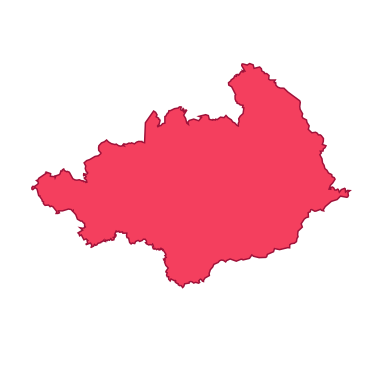 the district of Pihuamo, Jalisco, Mexico, rotated 244°
{"feature_id": "50627088B45338905854221", "entity_name": "Pihuamo", "entity_type": "district", "adm_level": 2, "iso_a3": "MEX", "parent_name": "Mexico", "parent_adm1": "Jalisco", "projection": "mercator", "projection_center": [-103.387, 19.169], "detail": "fine", "context": "isolated", "style": "filled", "palette": "rose", "viewbox_px": 384, "rotation_deg": 244, "n_neighbors": 0, "source": "geoboundaries", "source_scale": "gbopen_adm2", "svg_char_len": 6061}
<svg xmlns="http://www.w3.org/2000/svg" viewBox="0 0 384 384"><g transform="rotate(244 192 192)"><path d="M124.0,334.6L125.3,332.4L124.7,330.0L127.7,331.1L128.4,330.8L128.7,327.3L127.2,324.3L130.2,324.6L130.8,324.0L130.5,322.6L131.1,321.3L133.8,321.1L135.0,320.3L135.2,318.6L133.6,317.9L134.5,316.4L137.3,319.3L138.5,322.5L140.8,326.2L142.6,326.1L144.3,324.6L146.4,325.2L149.2,323.0L152.4,322.8L154.8,321.7L158.2,322.4L161.0,322.1L164.9,323.4L169.5,323.2L170.4,325.4L172.4,325.2L171.4,327.7L173.2,329.0L173.5,330.9L174.8,332.7L177.6,330.0L179.9,332.2L182.5,333.6L186.0,332.9L187.1,332.3L187.9,330.6L189.8,330.4L191.5,329.3L192.7,325.7L197.3,324.0L200.1,326.3L204.1,325.8L206.6,326.5L209.8,324.1L211.8,324.0L213.8,325.7L218.9,325.4L221.6,326.3L225.1,328.6L226.8,328.8L239.8,322.0L245.0,320.1L246.6,317.0L248.6,315.1L251.1,314.2L253.6,315.1L254.0,314.1L255.0,314.0L256.2,315.9L258.4,311.3L259.9,310.4L262.9,312.3L265.7,311.1L266.8,309.0L267.8,309.4L270.2,307.8L272.4,308.4L274.7,307.6L275.9,302.0L279.5,302.7L282.2,300.1L281.9,297.3L284.9,293.8L285.0,292.9L283.8,292.1L277.7,292.5L278.3,291.7L277.7,291.3L279.1,290.4L278.0,290.1L278.6,289.7L278.5,288.4L276.8,286.0L276.7,284.8L277.5,284.9L278.1,283.1L276.6,282.5L277.6,281.2L276.1,279.5L275.6,276.3L274.9,275.6L274.2,272.7L272.0,271.9L269.2,273.8L260.3,273.9L259.7,272.9L256.6,271.5L254.2,271.3L253.0,271.9L252.1,271.4L250.2,273.3L249.2,273.4L247.5,275.9L245.8,274.4L244.9,275.5L240.1,272.3L239.0,268.6L237.4,266.1L234.6,265.2L233.4,263.7L231.1,262.6L232.2,261.6L235.3,260.7L237.1,259.3L239.6,259.0L243.1,256.9L245.9,256.1L244.8,253.4L246.8,250.4L246.0,246.4L247.1,245.2L246.5,244.5L248.0,242.6L247.5,242.1L249.7,239.4L253.5,240.2L255.5,238.2L257.0,231.3L254.9,233.2L253.1,229.3L256.8,225.5L257.5,220.9L256.6,218.9L254.4,218.4L256.2,217.5L260.9,218.5L264.7,218.2L267.7,222.9L268.4,222.6L267.6,219.7L268.5,219.6L269.8,220.9L270.9,220.6L269.6,218.9L270.2,218.2L271.3,218.0L273.1,219.6L273.5,219.1L274.0,217.9L273.5,216.4L274.6,212.8L274.6,208.2L275.2,206.9L273.5,205.4L273.5,204.3L271.7,201.8L271.7,200.7L265.8,197.8L266.3,195.5L265.3,193.1L266.0,192.0L265.5,190.8L265.8,189.8L266.5,190.0L267.5,192.3L270.2,194.6L271.4,194.7L272.0,194.0L273.1,194.3L275.3,192.8L276.7,194.4L279.6,194.2L281.6,193.0L274.7,180.5L257.1,171.0L258.6,169.2L259.3,169.2L260.9,166.1L261.1,163.9L260.5,161.4L262.7,159.2L262.6,158.1L263.6,156.8L263.6,154.2L264.6,152.3L265.2,152.0L264.9,150.8L263.3,151.1L264.0,150.4L264.4,148.1L265.8,146.3L268.3,144.9L268.4,143.6L270.8,140.7L273.6,138.9L276.2,138.0L275.6,135.4L275.8,132.1L274.4,128.6L272.7,127.4L270.3,126.4L266.9,127.3L266.4,126.6L265.6,123.7L266.5,120.4L266.0,114.4L266.4,111.1L265.5,107.8L262.0,107.9L259.8,106.3L256.3,105.9L255.5,106.7L254.7,106.5L254.1,105.0L255.9,102.7L254.8,102.0L254.2,101.8L254.0,102.9L252.5,103.6L251.6,102.7L251.9,101.4L251.2,101.2L249.0,102.4L246.9,101.8L247.1,100.8L248.6,100.4L248.8,99.2L249.9,99.0L250.3,97.9L252.4,96.1L253.1,93.7L254.3,92.0L256.2,90.7L263.5,90.4L265.1,89.1L265.1,88.3L267.2,86.7L268.9,86.8L268.8,85.3L267.8,84.1L268.4,83.4L266.2,81.4L265.8,80.1L266.2,76.8L264.8,75.2L266.5,75.6L266.4,74.6L268.2,71.6L270.5,73.0L273.7,69.8L272.9,69.6L273.3,68.8L272.7,68.6L271.5,60.3L270.3,58.7L270.5,57.3L268.6,58.1L267.2,57.7L266.6,56.5L266.0,52.8L266.9,51.2L265.9,49.8L264.6,49.4L263.9,49.9L264.7,52.9L262.5,54.0L255.9,52.6L255.0,53.6L254.5,53.2L251.0,53.8L249.5,53.4L248.2,54.2L247.3,53.5L245.7,53.6L244.4,54.1L243.1,57.4L241.0,58.0L241.1,59.3L239.6,60.6L233.5,61.9L232.3,60.5L231.5,62.1L231.4,63.7L233.5,63.8L231.8,67.4L230.8,73.6L229.1,75.8L227.2,76.2L227.4,77.0L226.6,76.5L222.6,77.6L217.8,77.1L214.7,79.2L214.1,80.4L211.6,81.0L211.0,81.7L208.8,80.7L206.7,80.9L207.9,80.3L207.0,79.4L207.4,77.7L208.9,75.7L205.7,77.0L205.2,71.6L203.8,72.1L201.9,71.8L202.0,73.7L196.4,73.9L196.3,76.2L194.2,77.1L194.2,76.4L191.7,75.7L191.6,74.0L191.1,74.0L190.6,78.4L188.5,78.6L187.0,77.9L186.5,76.5L186.5,79.9L187.6,81.3L186.4,81.9L186.2,83.3L187.1,85.0L186.5,87.9L187.1,88.7L186.7,89.7L187.4,91.7L186.6,91.3L185.3,92.7L186.5,93.4L185.4,94.7L185.8,95.7L184.8,96.7L185.6,98.6L183.7,98.9L183.3,100.8L184.8,102.0L185.6,101.6L185.2,103.2L186.3,103.4L185.9,104.5L187.0,104.9L188.0,104.1L190.1,106.7L189.2,107.0L188.8,109.1L187.7,109.1L186.5,112.0L185.3,111.8L183.6,115.4L181.3,113.9L179.5,113.6L178.3,114.8L173.9,113.8L172.0,114.5L172.3,115.9L170.8,117.9L172.2,119.6L172.2,121.7L172.0,122.5L170.5,123.3L170.3,126.0L170.9,127.5L170.1,129.2L168.1,129.6L166.4,128.9L166.7,128.1L165.5,128.3L163.3,130.0L163.2,131.1L162.0,132.7L162.4,133.7L160.2,133.6L160.0,132.5L158.0,132.3L157.2,133.0L157.6,133.9L155.7,134.9L155.8,136.6L154.3,137.0L154.0,138.6L154.8,138.2L155.1,139.4L152.9,140.9L152.2,140.1L151.2,140.9L147.5,141.2L146.8,140.8L146.8,139.8L144.5,140.1L144.4,138.4L143.5,138.3L144.1,137.0L142.5,136.9L141.7,137.6L140.9,136.6L137.4,136.3L134.1,137.3L132.1,133.8L131.5,133.5L130.3,134.3L128.5,132.7L126.7,132.6L126.1,133.8L123.9,132.8L121.7,133.4L123.0,135.0L120.2,137.1L119.8,138.2L119.1,138.4L118.6,137.5L117.1,138.0L115.6,139.3L114.7,139.0L113.3,139.8L112.6,141.3L110.2,141.7L110.7,143.1L112.7,145.2L111.4,149.5L112.3,150.1L112.2,151.4L111.4,152.6L109.4,153.6L109.2,155.7L107.2,157.9L107.3,159.2L109.2,159.2L110.0,161.3L109.2,162.1L107.3,162.3L106.5,163.1L107.6,163.7L109.0,166.0L109.3,171.0L111.3,171.7L114.1,174.4L115.5,177.7L117.4,179.9L117.2,184.6L118.1,186.6L118.0,188.5L116.9,190.2L114.4,191.6L115.2,193.1L115.1,196.9L110.4,201.5L110.1,206.4L109.6,207.5L108.6,208.1L107.3,213.8L107.2,214.6L109.2,218.2L107.3,219.1L103.6,223.5L100.9,229.6L101.1,230.7L102.9,232.4L102.6,239.1L105.0,241.3L101.8,245.5L100.0,253.7L99.0,255.3L101.8,256.8L102.0,258.7L101.1,261.6L101.6,264.1L104.2,265.9L105.3,267.7L107.3,268.2L110.3,270.1L112.1,275.8L115.6,276.2L118.5,281.1L118.9,283.4L118.5,285.7L122.5,287.4L122.4,289.5L124.0,291.0L123.7,292.0L121.0,293.8L120.5,295.0L120.1,299.9L118.7,300.4L117.3,302.1L118.6,302.3L120.5,305.4L122.5,313.1L121.6,319.2L123.2,323.6L119.4,328.8L119.3,329.7L120.2,331.0L123.4,332.0L124.0,334.6Z" fill="#f43f5e" stroke="#9f1239" stroke-width="1.5"/></g></svg>